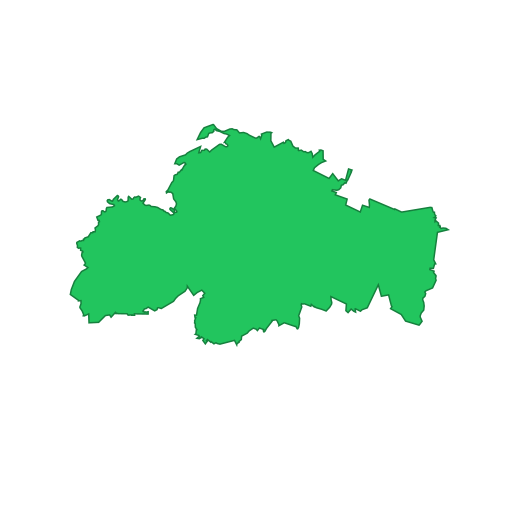 outline of Cunduacán, Tabasco, Mexico, rotated 152°
{"feature_id": "50627088B6162442693475", "entity_name": "Cunduacán", "entity_type": "district", "adm_level": 2, "iso_a3": "MEX", "parent_name": "Mexico", "parent_adm1": "Tabasco", "projection": "mercator", "projection_center": [-93.209, 18.087], "detail": "fine", "context": "isolated", "style": "filled", "palette": "green", "viewbox_px": 512, "rotation_deg": 152, "n_neighbors": 0, "source": "geoboundaries", "source_scale": "gbopen_adm2", "svg_char_len": 6147}
<svg xmlns="http://www.w3.org/2000/svg" viewBox="0 0 512 512"><g transform="rotate(152 256 256)"><path d="M253.3,386.4L247.9,385.1L246.6,384.3L244.5,384.5L242.9,384.0L240.2,386.4L239.0,386.3L236.6,385.4L234.6,386.0L234.1,387.2L232.8,387.3L232.0,385.2L229.6,383.1L226.7,379.1L224.8,377.6L222.8,374.8L225.3,374.1L230.5,371.2L229.9,371.0L229.9,369.2L229.2,368.5L228.9,367.1L229.2,366.4L230.5,366.1L231.7,366.9L234.2,371.0L235.8,371.7L245.3,370.4L248.1,369.6L249.4,373.5L250.7,374.3L251.9,373.5L254.2,374.7L256.4,373.3L258.1,374.0L253.5,378.7L265.3,379.3L268.5,379.1L270.7,378.4L277.0,379.5L280.5,378.9L284.4,375.6L282.6,374.7L281.2,372.3L275.6,372.4L275.0,371.8L274.9,371.1L275.4,370.5L274.9,370.0L277.4,369.2L281.1,366.7L281.3,367.2L284.6,365.8L285.3,366.5L287.3,365.1L289.2,365.6L290.6,365.4L293.4,361.4L294.6,360.7L295.7,360.5L302.9,355.6L305.0,355.0L305.4,353.7L303.0,353.9L302.9,353.2L301.2,352.4L300.2,350.2L301.9,345.1L301.3,341.5L301.7,339.4L303.4,337.6L305.6,336.6L304.9,332.6L305.6,331.9L307.2,332.6L307.4,333.4L306.4,335.0L308.0,338.0L308.9,338.7L309.7,338.3L310.1,337.4L308.4,332.8L308.5,331.8L309.8,331.4L312.5,332.2L313.4,335.2L315.0,336.7L315.5,338.4L316.2,338.6L316.5,340.4L318.0,341.6L320.1,345.1L322.1,346.9L325.4,349.0L325.9,350.5L326.6,351.2L329.3,352.2L330.2,353.1L331.0,355.7L327.2,357.8L327.0,358.5L328.1,359.1L329.9,358.0L331.4,358.3L332.1,359.8L331.6,361.0L330.5,361.9L331.6,364.0L334.6,364.3L335.2,365.0L336.4,364.9L337.7,364.1L339.0,364.4L340.4,368.4L341.2,368.0L343.0,364.8L344.4,364.6L346.2,365.1L347.9,366.8L347.9,368.1L348.6,369.6L351.5,369.0L351.9,369.6L351.7,371.0L349.5,372.8L349.4,373.6L350.0,374.5L355.3,373.0L356.9,371.8L357.7,372.4L359.0,374.7L360.5,375.2L361.4,374.7L361.7,373.6L360.7,371.0L357.4,368.2L357.4,366.8L359.8,366.7L364.8,368.8L365.7,368.3L367.1,366.3L367.9,365.8L369.0,366.0L369.9,367.8L370.8,368.2L371.7,367.6L372.9,365.5L373.8,365.0L378.3,365.2L378.8,361.8L377.8,361.2L378.1,359.8L379.1,359.9L380.4,357.5L381.4,356.9L385.0,356.3L385.5,354.4L386.7,352.9L388.5,353.9L388.9,353.3L389.7,353.4L390.8,354.1L395.2,351.7L398.6,352.3L399.5,351.6L400.3,351.9L401.0,350.7L402.0,351.3L403.7,351.3L404.6,352.2L407.8,352.1L408.4,351.2L408.7,349.1L409.7,347.4L408.9,346.0L408.0,345.9L407.1,345.3L408.2,343.3L406.8,341.7L406.9,340.8L407.9,340.7L409.6,338.6L409.9,337.4L409.9,329.8L410.8,329.1L412.0,328.7L409.8,324.7L411.8,324.2L417.3,324.2L428.2,318.8L434.8,313.1L438.0,309.2L433.5,300.1L433.8,299.7L431.5,298.8L432.9,296.0L435.5,293.6L435.7,292.7L435.3,289.0L435.7,285.2L436.6,284.3L435.7,283.7L430.9,283.4L434.8,275.4L426.1,271.3L416.9,274.1L412.9,272.7L412.7,270.0L407.1,272.0L407.4,271.4L406.3,270.7L405.9,271.0L405.1,270.0L396.9,265.5L396.7,263.8L393.3,262.3L393.5,262.0L391.0,260.7L390.5,262.0L378.5,255.4L377.4,257.4L379.3,258.0L380.2,258.8L380.8,258.7L381.6,260.1L382.4,260.4L381.2,260.5L379.4,261.7L377.7,261.2L375.2,261.5L371.2,255.1L368.6,255.1L367.3,256.4L366.1,256.0L364.3,254.1L350.1,254.7L346.9,256.3L343.3,257.4L335.2,258.2L331.6,260.2L330.8,261.6L329.5,250.5L325.0,251.4L319.9,251.3L318.7,247.2L321.6,246.0L321.6,244.0L325.1,244.4L325.7,243.1L327.3,241.1L332.2,237.1L336.3,231.7L337.9,232.6L338.8,230.0L338.3,229.7L340.7,227.5L340.9,226.5L341.7,225.8L341.4,224.8L343.0,221.6L342.8,219.0L343.1,219.2L345.6,215.5L346.4,215.4L343.8,212.7L343.7,211.8L346.8,211.1L344.9,209.6L343.6,210.3L343.3,209.5L342.1,210.1L340.7,207.3L342.6,206.4L342.0,202.2L339.1,203.6L339.4,204.6L338.1,205.1L336.4,201.1L335.8,201.4L334.4,198.2L332.1,198.2L331.3,196.9L329.2,195.1L314.6,191.6L314.7,186.6L313.9,187.6L311.5,187.7L311.3,188.4L308.2,189.1L306.3,192.0L300.0,192.0L297.1,193.1L292.3,193.6L290.2,191.3L289.8,189.5L286.8,190.8L283.7,187.4L284.7,186.5L284.6,185.2L283.4,185.4L280.6,187.2L272.3,190.9L272.1,191.6L268.3,190.3L267.8,188.9L268.0,184.6L268.5,183.7L262.4,183.8L254.5,175.4L253.9,175.2L253.8,172.4L253.4,172.1L252.0,172.9L249.6,175.8L246.7,180.6L246.4,183.2L239.5,189.5L239.1,191.5L238.2,192.5L237.6,191.8L235.6,191.0L231.2,185.9L229.9,187.3L228.5,183.7L228.1,183.9L227.1,182.1L222.9,178.0L219.9,174.5L215.1,176.1L211.8,178.1L210.9,179.4L210.2,182.2L208.9,185.0L198.7,171.2L202.3,165.5L201.3,162.8L196.9,164.5L195.6,161.3L194.4,159.7L193.3,162.8L193.0,162.8L189.7,158.2L187.5,158.8L182.1,158.0L161.5,173.2L164.2,161.6L157.2,159.4L159.8,148.6L159.7,147.4L161.9,146.3L155.2,136.2L154.5,128.3L144.5,118.4L143.6,118.7L140.0,120.4L139.7,124.8L139.2,126.0L137.0,128.0L133.3,129.5L131.0,132.9L129.7,136.3L129.4,139.0L128.5,140.4L125.8,141.1L123.8,143.2L123.9,144.9L122.4,145.5L115.1,144.9L108.4,150.0L107.9,152.1L106.7,153.3L106.6,154.5L106.3,154.5L107.0,157.9L105.9,159.0L108.9,162.4L108.0,163.5L105.2,161.8L102.0,165.1L101.0,164.7L100.9,169.2L84.7,191.7L74.0,189.0L75.3,191.3L77.7,192.9L79.7,193.5L79.9,194.6L79.5,195.5L80.2,195.5L79.5,196.8L80.7,197.4L79.4,199.3L80.6,202.5L81.8,202.2L81.3,203.5L79.1,205.1L80.5,206.2L79.3,206.3L78.3,207.1L78.8,208.8L77.9,210.9L78.7,211.3L78.9,212.0L78.0,216.2L79.4,217.2L106.8,226.4L111.3,232.4L111.8,232.0L128.7,252.9L130.0,252.3L131.9,247.7L133.2,245.7L138.1,250.8L143.3,245.9L152.9,258.9L148.8,263.5L157.3,272.8L155.3,274.3L158.5,277.8L157.4,278.7L153.8,276.1L151.8,275.7L149.2,276.4L147.4,278.4L145.7,278.0L143.2,278.9L142.4,278.0L139.4,280.3L139.2,280.1L132.1,285.6L132.3,286.1L130.9,286.8L133.4,289.4L141.4,280.8L144.2,284.0L148.1,283.7L149.6,292.7L155.1,290.2L165.3,304.6L162.9,306.5L157.7,307.5L154.1,307.7L149.9,307.2L151.3,309.8L147.4,317.4L148.9,319.1L150.4,319.7L150.5,318.6L156.4,317.6L159.5,316.5L158.3,320.1L158.3,322.6L160.8,322.5L162.1,323.1L162.8,323.7L163.3,324.9L165.0,325.7L166.3,328.2L168.8,329.0L169.0,329.4L168.0,331.4L170.5,332.8L171.8,335.7L171.4,341.0L172.7,342.9L172.8,343.6L175.4,343.7L176.4,342.6L177.3,342.3L178.4,342.3L178.4,343.6L188.8,343.6L188.8,350.8L185.1,357.5L184.3,357.5L184.9,358.4L188.4,360.4L194.0,361.1L194.2,359.9L196.9,357.4L196.7,359.1L197.1,360.2L200.1,359.8L201.2,360.4L205.2,365.8L206.5,368.3L209.0,370.9L212.8,372.4L213.7,376.4L216.2,378.0L217.3,379.5L219.5,380.4L225.4,380.9L228.1,382.4L231.0,387.0L231.8,391.9L232.2,392.3L241.6,393.6L246.9,391.1L253.3,386.4Z" fill="#22c55e" stroke="#15803d" stroke-width="1.5"/></g></svg>